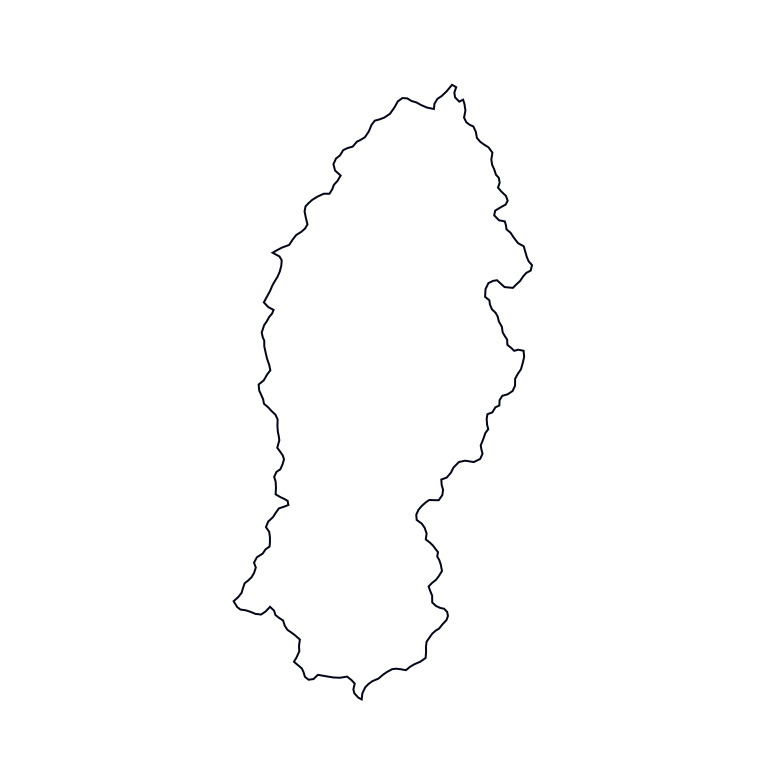 the district of Aiuruoca, Minas Gerais, Brazil, rotated 25°
{"feature_id": "56859067B43172679748433", "entity_name": "Aiuruoca", "entity_type": "district", "adm_level": 2, "iso_a3": "BRA", "parent_name": "Brazil", "parent_adm1": "Minas Gerais", "projection": "orthographic", "projection_center": [-44.641, -21.953], "detail": "fine", "context": "isolated", "style": "outline", "palette": "ink", "viewbox_px": 768, "rotation_deg": 25, "n_neighbors": 0, "source": "geoboundaries", "source_scale": "gbopen_adm2", "svg_char_len": 4115}
<svg xmlns="http://www.w3.org/2000/svg" viewBox="0 0 768 768"><g transform="rotate(25 384 384)"><path d="M324.0,84.5L319.2,84.1L317.1,92.2L314.5,98.8L311.9,103.0L311.3,108.6L313.0,113.7L306.1,115.3L299.7,115.5L294.6,115.1L289.3,115.9L284.4,115.3L279.8,117.1L277.1,122.0L276.6,128.9L275.2,136.6L271.7,142.4L268.2,146.0L264.3,149.3L263.2,154.4L263.5,161.5L262.4,168.5L259.5,172.8L257.0,175.9L255.3,182.1L251.1,185.7L248.2,189.3L247.5,195.5L245.2,200.0L245.3,206.2L249.4,211.2L256.6,213.4L256.0,219.7L254.4,224.6L254.8,229.0L254.2,234.6L249.0,237.0L244.2,242.7L241.1,247.5L239.4,251.5L237.8,256.1L239.1,261.2L243.4,267.0L247.2,271.7L246.7,276.6L244.8,280.9L241.4,286.2L240.1,292.2L239.3,298.0L233.7,303.7L230.0,308.6L227.6,312.1L235.4,312.6L239.0,315.1L240.9,320.1L242.0,326.0L242.2,332.0L241.6,336.7L241.2,341.8L241.4,347.9L241.0,354.2L240.6,360.8L246.6,363.2L252.6,363.5L252.8,367.5L251.6,371.7L251.3,376.6L250.5,381.3L251.4,389.0L254.3,392.8L257.2,395.4L259.6,400.5L263.4,405.5L267.1,410.2L272.1,415.5L275.2,419.6L274.1,424.6L273.5,431.4L270.6,437.4L273.6,442.6L277.9,446.3L281.0,449.0L283.5,452.6L288.9,454.1L293.7,456.1L298.6,457.7L302.6,461.1L305.0,466.8L308.0,472.2L310.5,475.5L312.9,479.2L314.2,486.9L317.9,488.9L322.3,491.4L325.2,494.5L326.0,499.7L326.1,505.1L323.7,509.0L323.7,514.6L327.0,518.2L329.9,523.6L332.4,529.8L337.8,530.3L342.3,530.3L346.1,530.7L348.5,534.1L345.3,537.4L341.3,541.2L340.3,546.5L339.6,551.7L337.2,557.6L337.5,563.6L342.4,566.5L345.3,570.9L347.5,575.6L349.0,579.7L346.6,583.7L345.7,589.0L342.0,594.8L341.7,600.9L345.4,604.5L346.1,610.2L345.6,615.1L343.8,619.8L341.9,623.5L342.5,628.8L343.2,633.5L341.9,638.8L339.5,644.4L345.2,648.2L349.2,649.1L354.0,647.6L359.1,646.9L364.5,646.7L370.0,644.9L372.8,640.3L374.9,634.1L380.2,635.9L383.3,639.3L387.7,640.3L392.5,641.0L396.2,645.0L400.3,647.6L404.5,648.3L409.4,649.3L415.7,651.1L417.7,657.4L420.2,662.0L420.3,668.5L419.8,673.8L425.7,675.4L429.7,676.5L432.8,679.1L436.1,682.8L440.6,683.9L444.8,681.2L447.0,675.5L451.2,674.4L456.3,673.0L462.1,671.4L468.3,668.8L474.2,664.8L479.7,666.1L484.1,667.9L485.3,673.7L487.8,676.8L493.2,679.1L497.1,679.3L495.1,673.4L495.2,666.7L496.7,662.5L499.0,658.3L503.5,653.3L506.0,647.8L508.5,643.6L511.8,639.1L515.3,636.9L519.5,635.5L524.8,634.1L527.3,629.0L530.0,625.1L534.2,620.4L537.5,614.7L535.4,609.1L533.2,604.7L531.5,599.6L532.3,595.0L533.2,590.0L534.9,586.0L537.3,582.3L538.6,577.0L540.4,571.6L540.0,567.2L537.5,563.8L533.4,562.3L529.4,563.2L524.9,563.2L520.0,561.6L517.1,555.5L513.3,552.0L510.0,548.6L511.7,543.8L513.9,539.5L514.8,535.4L515.6,529.0L511.8,523.7L508.6,520.3L505.1,517.8L504.0,513.6L500.3,511.7L496.6,509.7L492.2,508.2L487.6,507.3L485.8,501.5L481.7,497.2L477.3,494.6L471.1,493.4L468.5,488.9L468.4,483.4L469.7,478.7L471.7,474.0L474.0,470.0L477.6,468.5L482.7,466.2L483.8,460.1L482.3,455.0L479.0,451.2L476.3,446.4L480.4,442.3L482.1,436.1L482.3,430.3L484.9,423.0L489.8,419.3L494.1,418.0L498.4,416.8L502.8,411.3L502.8,405.6L499.9,402.1L497.6,398.8L497.3,392.5L496.6,385.4L497.6,380.9L494.6,377.3L491.8,372.2L490.5,367.7L494.2,363.9L494.8,358.1L497.6,354.7L495.6,349.8L496.2,344.7L500.4,341.1L503.5,336.0L503.5,330.2L500.6,323.8L501.0,318.1L501.9,312.8L500.8,306.0L499.6,300.3L496.5,294.9L491.1,296.2L488.0,298.9L483.5,297.4L479.3,296.4L476.8,291.7L472.9,289.3L469.7,287.0L466.6,282.3L461.7,278.8L458.4,274.7L455.0,272.3L450.3,270.7L446.6,267.4L444.1,263.6L438.8,262.3L435.9,255.1L436.0,248.4L439.3,244.4L442.6,242.2L447.4,243.7L452.3,245.2L456.0,243.9L460.2,242.4L461.9,237.7L463.8,233.1L464.6,227.8L466.0,223.2L469.0,219.2L467.9,213.7L463.3,211.7L460.1,208.9L456.4,204.7L452.4,200.1L445.9,199.7L440.3,196.8L434.7,193.4L429.7,192.1L427.4,188.6L424.8,185.6L419.0,187.0L412.6,184.6L411.5,179.9L414.8,174.9L418.4,170.0L418.6,165.6L415.0,162.0L408.8,159.9L404.3,157.8L403.8,152.8L400.9,148.6L397.0,147.0L393.0,142.7L389.5,139.8L386.4,135.2L384.5,128.5L378.6,125.3L373.4,124.7L368.8,123.8L364.2,121.7L360.7,116.7L356.1,112.8L352.2,112.9L348.0,112.0L344.0,108.8L342.2,101.7L338.5,96.1L335.5,92.9L332.9,96.3L327.3,94.2L324.6,90.2L324.0,84.5Z" fill="none" stroke="#020617" stroke-width="2"/></g></svg>